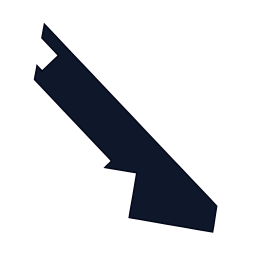 outline of 9 de Julio, Chaco, Argentina, rotated 189°
{"feature_id": "61730980B13427760820692", "entity_name": "9 de Julio", "entity_type": "district", "adm_level": 2, "iso_a3": "ARG", "parent_name": "Argentina", "parent_adm1": "Chaco", "projection": "orthographic", "projection_center": [-61.238, -27.011], "detail": "fine", "context": "isolated", "style": "filled", "palette": "ink", "viewbox_px": 256, "rotation_deg": 189, "n_neighbors": 0, "source": "geoboundaries", "source_scale": "gbopen_adm2", "svg_char_len": 1015}
<svg xmlns="http://www.w3.org/2000/svg" viewBox="0 0 256 256"><g transform="rotate(189 128 128)"><path d="M28.2,64.7L34.0,69.2L34.9,70.0L36.2,71.0L37.7,72.1L39.2,73.3L42.9,76.1L57.4,87.2L71.8,98.3L75.4,101.0L79.1,103.8L93.5,114.9L94.0,115.3L95.3,116.3L111.6,128.8L127.7,141.3L129.4,142.6L131.3,144.0L132.6,145.0L147.3,156.3L148.5,157.2L163.7,168.9L165.4,170.2L166.3,170.9L181.5,182.6L183.3,184.0L185.1,185.3L200.5,197.1L208.1,203.0L224.4,215.6L226.8,217.4L227.1,203.5L209.8,190.2L208.0,188.7L210.3,185.7L210.8,185.1L220.3,172.6L221.7,170.8L227.6,175.3L227.6,173.2L227.7,169.1L227.9,162.6L227.9,161.3L212.4,149.4L210.7,148.1L193.8,135.0L193.0,134.4L192.7,134.3L191.4,133.2L167.6,114.9L165.8,113.5L164.9,112.8L140.8,94.3L139.0,92.8L143.4,87.1L143.7,86.7L144.6,85.4L128.7,85.3L119.0,85.2L116.2,85.2L112.3,85.2L112.5,62.0L112.8,46.0L112.8,39.8L101.4,39.7L90.3,39.5L74.6,39.2L63.5,39.1L40.5,38.7L37.5,38.7L28.2,38.6L28.1,44.5L28.2,55.1L28.2,60.3L28.2,64.7Z" fill="#0f172a" stroke="#020617" stroke-width="1.5"/></g></svg>